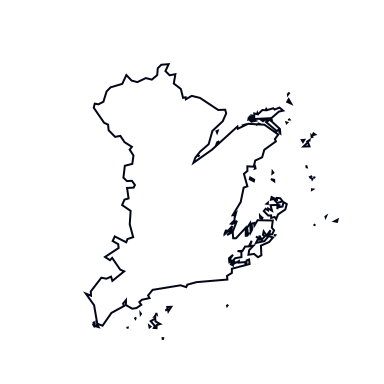 Livingstone, Queensland, Australia (Albers equal-area conic projection), rotated 72°
{"feature_id": "25037944B91391383703186", "entity_name": "Livingstone", "entity_type": "district", "adm_level": 2, "iso_a3": "AUS", "parent_name": "Australia", "parent_adm1": "Queensland", "projection": "albers", "projection_center": [150.606, -22.725], "detail": "fine", "context": "isolated", "style": "outline", "palette": "ink", "viewbox_px": 384, "rotation_deg": 72, "n_neighbors": 0, "source": "geoboundaries", "source_scale": "gbopen_adm2", "svg_char_len": 6101}
<svg xmlns="http://www.w3.org/2000/svg" viewBox="0 0 384 384"><g transform="rotate(72 192 192)"><path d="M107.5,252.2L115.8,248.1L116.5,242.8L123.7,240.8L130.5,235.2L132.5,238.2L139.2,236.4L146.8,240.1L146.3,247.8L157.2,252.8L161.5,250.5L162.8,245.7L167.7,244.1L169.8,246.2L168.1,252.5L178.5,254.3L178.4,258.6L182.8,262.5L191.0,256.2L203.5,261.2L216.8,261.9L216.8,267.9L219.5,270.1L210.4,279.2L214.1,282.6L218.8,278.3L222.6,279.1L226.9,294.8L231.5,291.1L230.0,288.3L243.6,284.3L246.5,281.0L251.9,295.2L247.5,295.1L248.0,300.2L245.5,304.7L255.3,319.0L259.4,320.1L255.8,324.4L269.4,320.1L288.0,322.8L291.5,318.4L282.1,306.0L279.4,291.8L276.9,292.1L274.4,288.2L279.1,289.8L284.5,284.9L285.2,280.7L283.6,275.1L280.4,276.1L279.0,272.9L279.8,265.2L276.8,265.7L272.9,259.7L277.2,231.7L280.7,226.9L278.7,225.1L279.1,215.7L286.2,185.4L282.6,184.6L281.3,179.1L277.3,177.8L278.3,159.5L273.8,158.6L274.0,161.2L276.8,162.4L276.8,163.4L275.0,163.3L273.6,169.5L272.2,168.8L273.3,174.9L271.2,175.3L272.9,176.9L273.5,175.6L274.4,175.8L272.8,177.3L270.9,175.2L270.5,178.2L266.5,177.3L264.4,172.4L267.6,176.9L270.3,175.2L268.3,171.3L269.2,165.1L264.1,163.5L262.2,166.9L263.6,162.1L260.3,158.4L261.3,154.8L256.8,150.3L261.4,153.7L262.0,150.1L265.0,155.6L269.1,157.7L270.1,152.1L274.4,149.4L273.6,145.6L264.3,143.0L263.4,134.1L260.3,129.0L257.7,132.7L261.1,138.3L260.2,146.9L257.7,144.4L258.5,141.6L254.2,144.9L257.1,141.9L254.3,141.4L258.9,140.3L256.7,136.4L254.7,137.8L251.6,136.0L256.5,134.5L252.6,129.2L256.1,131.9L257.0,128.8L253.9,125.8L250.6,127.1L244.1,124.0L239.1,138.3L243.2,143.0L240.7,142.4L240.5,145.1L246.2,146.4L248.4,148.6L239.6,146.3L243.2,150.8L246.4,151.2L247.9,152.2L248.9,150.6L250.2,152.3L248.0,152.5L251.1,154.7L242.6,151.9L249.6,164.5L248.7,167.1L242.5,165.7L243.8,171.9L241.8,167.3L240.3,169.7L242.3,174.2L242.0,174.1L239.1,171.7L241.3,166.9L239.2,168.2L236.8,164.2L240.4,166.7L241.4,164.8L233.3,158.2L234.8,161.9L234.5,164.2L234.2,164.7L232.0,160.3L226.9,158.4L226.6,160.4L216.6,148.8L203.8,141.5L203.7,137.6L190.8,137.0L189.1,132.8L184.7,131.4L187.0,125.5L181.6,122.1L180.7,114.6L174.2,110.2L169.8,96.6L167.3,96.8L164.0,92.2L150.4,102.3L144.5,117.5L146.0,128.9L143.8,128.6L157.9,159.8L164.7,181.6L160.3,178.1L156.1,171.8L151.7,161.4L140.2,153.7L134.2,140.9L127.8,135.2L124.0,135.0L122.1,141.7L105.0,155.3L100.5,162.5L101.9,169.2L99.9,168.8L99.7,171.4L90.5,170.8L83.2,175.8L74.8,171.4L74.1,177.2L68.8,179.9L63.2,174.7L61.5,181.9L63.7,186.3L70.1,189.0L72.7,195.5L69.4,200.7L70.6,210.0L67.4,215.0L60.5,218.3L67.6,224.9L67.3,237.1L70.0,242.2L78.8,248.4L79.7,253.9L77.9,257.2L81.5,259.4L99.0,254.2L102.0,251.0L107.5,252.2ZM135.8,99.7L138.5,105.4L136.5,108.5L141.8,110.3L146.3,93.7L142.4,84.5L142.8,80.2L138.8,82.7L139.1,88.0L137.5,88.8L137.3,95.9L135.8,99.7ZM230.7,114.7L228.8,121.4L234.5,121.7L231.2,124.7L232.9,125.4L230.7,127.1L232.3,129.6L238.0,126.8L238.7,124.0L241.1,124.7L241.3,121.1L243.9,120.4L239.9,117.1L237.5,108.7L232.8,105.6L229.9,108.1L233.8,110.4L233.3,113.8L231.6,112.9L231.1,113.8L234.6,116.1L230.7,114.7ZM159.3,88.9L147.3,95.6L148.4,99.9L160.3,92.5L159.2,89.7L162.5,90.4L163.4,89.9L159.3,88.9ZM302.1,271.2L307.9,268.7L309.5,270.3L310.5,267.8L307.6,266.7L307.7,263.1L303.8,266.7L301.0,266.1L302.1,271.2ZM221.4,117.8L223.7,119.3L223.9,116.5L228.8,114.4L228.9,108.7L225.2,110.0L223.8,113.2L225.6,113.6L221.4,117.8ZM183.2,71.9L184.9,66.2L180.5,66.4L183.2,71.9ZM293.7,251.0L298.2,251.4L294.8,247.2L293.7,251.0ZM143.9,109.7L141.5,112.5L141.6,114.8L143.5,113.7L143.9,109.7ZM133.7,71.4L135.7,73.6L138.6,70.4L133.7,71.4ZM137.8,111.2L140.7,113.4L138.8,110.5L137.8,111.2ZM287.6,326.9L290.6,326.2L286.4,325.1L287.6,326.9ZM205.8,110.1L204.1,112.9L207.2,110.5L205.8,110.1ZM144.6,104.1L146.6,102.6L145.8,100.5L144.6,104.1ZM263.3,62.1L263.9,65.6L265.2,63.3L263.3,62.1ZM288.5,323.2L290.4,324.4L291.6,322.6L288.5,323.2ZM196.2,132.1L197.7,133.1L200.9,129.9L199.5,129.1L196.2,132.1ZM177.1,69.1L176.5,71.5L178.7,71.0L177.1,69.1ZM138.4,113.8L139.6,115.3L141.0,114.5L138.4,113.8ZM173.8,58.3L175.3,59.8L175.4,57.1L173.8,58.3ZM141.8,149.9L143.3,149.8L141.7,148.6L141.8,149.9ZM178.9,64.1L179.9,67.8L179.1,64.7L180.2,64.7L178.9,64.1ZM213.9,73.0L214.2,75.2L214.9,75.0L213.9,73.0ZM152.2,150.4L152.5,152.7L153.4,153.4L152.2,150.4ZM323.5,265.5L322.1,264.6L321.9,265.1L323.5,265.5ZM127.5,68.5L128.6,70.6L129.1,70.7L127.5,68.5ZM140.1,110.9L141.2,112.0L141.9,110.8L140.1,110.9ZM233.6,162.8L234.6,163.0L234.1,161.4L233.6,162.8ZM285.3,324.9L286.1,326.2L286.3,326.2L285.3,324.9ZM199.2,109.8L198.8,108.7L197.5,109.1L199.2,109.8ZM237.7,132.3L238.6,134.0L238.9,133.6L237.7,132.3ZM261.1,85.8L261.8,86.3L260.8,84.9L261.1,85.8ZM305.9,274.0L307.6,274.2L307.2,273.1L305.9,274.0ZM146.5,97.4L146.5,98.8L147.2,99.1L146.5,97.4ZM201.9,75.2L203.9,75.4L204.0,75.2L201.9,75.2ZM226.3,124.6L226.8,123.6L225.7,123.2L226.3,124.6ZM159.4,174.7L160.4,175.3L159.6,174.4L159.4,174.7ZM299.0,266.3L299.2,265.5L298.2,265.1L299.0,266.3ZM258.6,126.6L259.6,127.0L258.8,126.1L258.6,126.6ZM147.4,107.7L148.0,108.4L148.0,106.9L147.4,107.7ZM147.6,94.0L148.3,94.3L148.2,93.8L147.6,94.0ZM188.4,124.2L189.2,124.9L189.2,124.3L188.4,124.2ZM257.3,72.7L256.5,72.0L256.7,72.7L257.3,72.7ZM144.3,121.9L144.3,122.9L144.8,122.7L144.3,121.9ZM175.6,61.0L176.8,61.3L176.8,60.6L175.6,61.0ZM226.5,77.0L227.0,77.2L226.8,76.4L226.5,77.0ZM293.8,284.1L294.7,285.1L295.0,285.0L293.8,284.1ZM137.2,105.5L138.0,106.1L138.2,105.5L137.2,105.5ZM216.0,71.0L215.2,71.0L216.6,71.7L216.0,71.0ZM216.3,72.7L216.6,73.7L217.1,73.7L216.3,72.7ZM301.1,295.3L302.0,295.3L301.1,295.0L301.1,295.3ZM310.4,192.5L310.9,193.8L311.3,193.8L310.4,192.5ZM237.0,135.0L236.7,134.1L235.5,134.6L237.0,135.0ZM139.8,115.6L140.5,116.0L140.5,115.4L139.8,115.6ZM155.0,80.7L155.7,80.7L155.4,80.1L155.0,80.7ZM136.1,95.9L136.9,95.4L135.9,95.7L136.1,95.9ZM296.7,263.7L297.2,263.4L296.1,263.3L296.7,263.7ZM271.3,173.7L270.7,172.5L271.1,174.2L271.3,173.7ZM296.3,253.1L296.6,253.7L296.4,253.4L297.1,253.1L296.3,253.1ZM292.4,278.6L292.1,278.2L291.5,278.4L292.4,278.6ZM152.3,77.4L153.1,77.4L153.2,77.0L152.3,77.4ZM225.8,156.8L226.1,157.4L226.7,157.4L225.8,156.8Z" fill="none" stroke="#020617" stroke-width="2"/></g></svg>